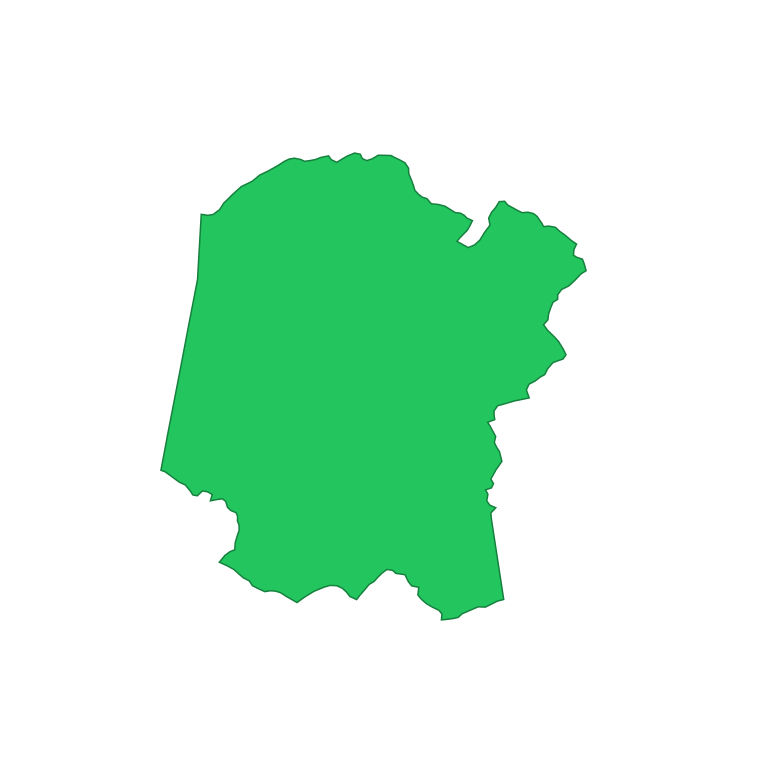 Cedro, Ceará, Brazil, rotated 234°
{"feature_id": "56859067B68108454386597", "entity_name": "Cedro", "entity_type": "district", "adm_level": 2, "iso_a3": "BRA", "parent_name": "Brazil", "parent_adm1": "Ceará", "projection": "equal_earth", "projection_center": [-39.111, -6.578], "detail": "fine", "context": "isolated", "style": "filled", "palette": "green", "viewbox_px": 768, "rotation_deg": 234, "n_neighbors": 0, "source": "geoboundaries", "source_scale": "gbopen_adm2", "svg_char_len": 2883}
<svg xmlns="http://www.w3.org/2000/svg" viewBox="0 0 768 768"><g transform="rotate(234 384 384)"><path d="M139.3,354.2L211.8,391.6L216.8,394.6L218.2,401.7L223.7,398.4L229.0,398.4L233.8,403.3L238.7,403.9L236.8,409.9L239.0,414.0L244.3,414.6L248.8,424.3L252.1,433.9L261.5,437.7L266.3,437.9L271.7,438.8L275.9,443.5L283.4,444.5L287.6,445.1L292.1,445.4L290.1,452.7L293.9,454.6L297.6,457.3L299.6,463.3L297.1,469.8L293.7,479.4L289.5,488.6L287.4,493.3L295.5,495.7L298.6,501.1L297.6,507.8L297.8,514.6L297.1,519.5L300.2,525.5L302.0,533.4L299.0,543.7L300.7,548.4L306.7,549.5L315.8,550.2L322.1,549.5L331.4,547.9L338.2,547.9L339.6,554.4L344.0,558.4L348.1,564.3L350.8,568.8L350.4,574.2L354.1,577.0L356.1,583.3L354.7,591.1L355.6,598.9L357.3,608.1L356.9,614.1L363.5,616.6L368.4,617.9L373.2,614.4L376.9,613.0L381.2,616.8L384.0,622.0L389.7,620.0L394.9,618.7L399.3,617.6L403.8,616.0L410.1,614.7L414.8,610.2L417.6,605.6L421.4,606.2L425.1,606.2L429.5,606.4L434.0,605.1L438.3,601.5L441.5,596.4L445.6,594.2L450.8,591.8L456.1,589.3L460.9,589.0L463.8,584.4L461.2,578.1L459.7,571.9L456.7,566.2L450.2,563.1L447.5,554.4L444.1,546.2L443.3,538.9L444.9,532.3L456.5,526.9L457.7,531.5L459.4,541.8L461.6,546.7L464.2,551.6L469.4,548.6L473.2,548.1L477.4,546.2L480.7,542.4L485.5,540.5L492.1,537.8L497.5,533.3L502.0,528.2L508.7,527.7L512.4,524.9L517.2,523.4L522.5,522.8L527.0,524.4L532.6,526.0L539.7,527.7L544.1,530.7L550.6,531.0L556.1,528.4L560.5,526.0L564.8,523.9L569.0,518.4L572.5,513.8L573.1,506.9L574.9,501.3L579.2,499.0L583.8,499.9L588.1,496.0L589.9,488.7L590.5,483.7L591.1,476.1L596.4,473.2L601.2,473.2L604.5,465.8L605.9,460.4L608.3,455.4L610.9,450.6L614.6,448.6L619.3,444.3L621.7,439.5L622.7,434.2L623.1,426.6L624.3,416.2L626.1,406.3L625.5,396.5L627.6,384.5L626.3,372.5L625.3,366.3L624.5,360.6L621.7,353.5L621.6,345.3L624.2,340.4L628.7,335.9L578.2,294.6L540.6,254.4L515.6,227.8L467.7,176.5L464.6,173.3L445.3,152.8L441.9,155.2L436.3,157.1L431.1,158.7L425.1,160.6L419.1,163.9L410.9,164.4L406.7,164.1L403.3,167.2L404.2,174.3L400.6,177.8L395.6,180.1L391.5,174.9L389.2,180.0L386.1,185.8L382.1,186.9L376.1,184.9L371.7,185.7L366.8,188.7L362.7,187.6L359.5,185.0L355.1,183.8L350.6,180.6L347.5,176.1L343.1,170.4L337.6,165.8L338.9,160.9L338.8,154.4L336.6,146.0L329.6,150.0L322.3,153.5L316.6,154.7L309.7,156.3L304.0,159.3L298.2,159.0L292.7,161.8L286.1,165.5L283.6,170.4L280.4,174.3L276.1,177.6L269.8,180.0L258.3,185.2L258.3,194.7L257.4,205.7L254.9,216.0L252.8,221.9L248.6,227.2L243.3,230.2L238.2,231.3L232.2,231.5L225.7,235.1L227.3,240.5L228.9,247.6L230.6,254.1L230.1,259.9L231.3,265.4L232.2,271.7L232.2,277.4L228.2,281.4L223.8,282.3L217.4,288.9L209.9,287.5L204.4,287.7L199.1,292.6L193.4,287.4L187.8,287.7L181.1,289.3L174.7,292.1L168.8,295.4L163.9,295.7L159.4,291.8L156.3,297.1L153.4,302.5L151.6,306.8L152.2,312.2L148.4,329.2L143.9,334.9L141.7,348.1L139.3,354.2Z" fill="#22c55e" stroke="#15803d" stroke-width="1.5"/></g></svg>